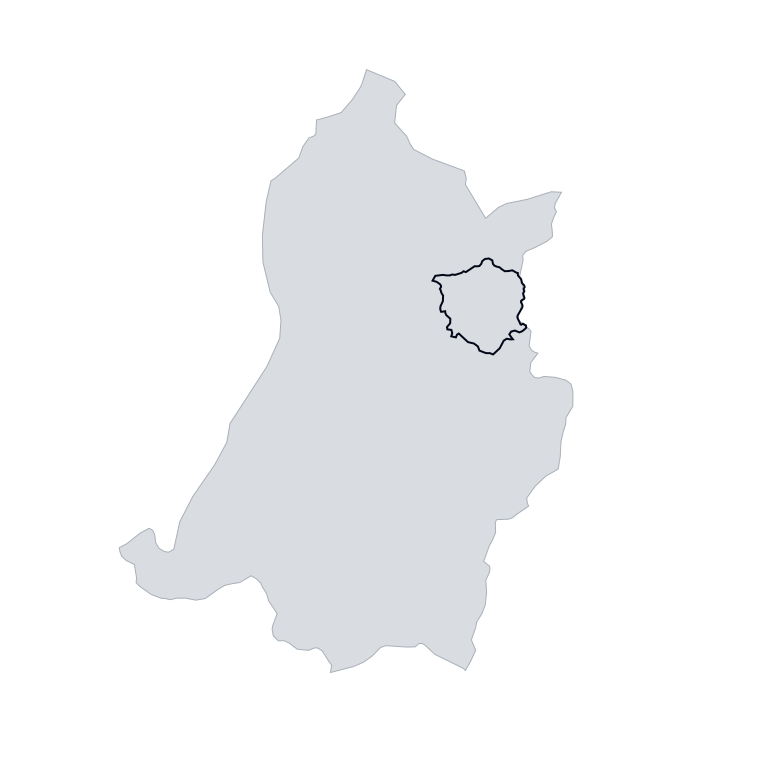 Bulgaria, with Yambol highlighted, rotated 290°
{"feature_id": "BGR-2255", "entity_name": "Yambol", "entity_type": "Province", "adm_level": 1, "iso_a3": "BGR", "parent_name": "Bulgaria", "parent_adm1": "", "projection": "orthographic", "projection_center": [26.657, 42.284], "detail": "fine", "context": "in_parent", "style": "outline", "palette": "ink", "viewbox_px": 768, "rotation_deg": 290, "n_neighbors": 0, "source": "natural_earth", "source_scale": "10m", "svg_char_len": 3803}
<svg xmlns="http://www.w3.org/2000/svg" viewBox="0 0 768 768"><g transform="rotate(290 384 384)"><path d="M624.9,485.2L612.2,483.2L607.8,483.9L604.9,487.1L599.0,486.5L591.7,486.6L584.1,490.3L579.9,491.9L574.2,488.7L563.6,478.9L557.2,472.0L552.4,470.3L547.7,472.4L530.6,474.8L526.6,478.9L518.8,483.3L510.8,485.4L499.4,486.9L493.4,486.7L490.1,488.9L487.3,495.4L485.3,501.7L483.6,504.2L469.4,507.3L466.3,511.0L465.4,514.5L465.6,518.1L454.3,514.6L445.5,516.8L443.4,519.5L441.6,523.4L442.6,527.6L445.8,531.7L448.8,542.6L449.8,553.6L447.9,559.8L441.3,564.2L427.7,569.0L414.6,566.5L408.8,568.4L399.0,568.9L390.1,570.1L376.2,574.4L363.7,576.8L352.7,567.5L339.6,561.0L325.7,557.1L320.8,559.6L318.7,561.7L307.2,553.4L302.1,550.4L299.6,547.2L295.1,536.3L292.2,535.9L282.5,539.7L273.4,539.2L267.8,538.3L251.3,538.3L248.9,545.6L246.8,546.7L243.2,547.5L234.4,546.8L223.0,551.8L210.9,554.7L201.5,554.5L191.8,552.5L186.0,553.5L173.4,553.6L165.2,561.2L152.9,560.2L142.5,558.4L143.9,556.0L147.3,524.5L153.1,510.7L153.0,507.8L152.0,505.6L147.6,503.1L144.6,495.4L138.7,475.1L135.1,470.8L124.6,466.1L115.6,459.9L108.0,451.9L94.6,432.4L101.9,430.9L104.3,427.2L112.1,417.2L113.2,412.2L112.5,409.3L107.9,404.1L105.1,393.1L108.2,383.0L108.6,377.8L106.5,372.6L109.3,366.3L114.7,363.0L118.0,362.1L131.7,362.1L140.9,349.6L146.4,345.8L152.1,338.7L154.7,336.2L157.3,330.6L158.4,324.8L148.0,316.2L144.6,309.9L140.1,303.0L133.9,298.0L121.2,289.4L116.5,281.0L114.8,270.4L111.7,262.2L108.2,256.9L107.7,252.6L106.4,247.3L106.6,237.1L110.3,223.7L112.5,219.0L117.0,217.9L129.0,211.2L130.0,202.0L132.4,196.4L136.2,193.2L139.7,191.2L145.8,196.8L160.8,206.1L168.1,212.7L167.5,216.5L163.8,220.2L156.9,223.7L152.8,228.4L151.4,234.6L152.2,239.0L156.7,243.0L184.8,239.2L212.9,242.8L250.5,252.6L275.6,256.2L294.2,252.8L328.5,260.7L360.5,268.0L391.3,270.4L408.6,265.4L420.8,258.6L431.4,245.6L457.2,228.5L482.1,218.9L514.7,211.0L536.3,208.3L539.4,210.9L567.2,226.6L579.5,226.6L589.5,229.3L593.2,233.4L595.8,234.4L609.0,230.3L615.0,238.9L624.4,250.9L640.2,256.9L654.2,260.2L658.7,260.6L673.4,260.1L672.0,290.6L663.4,304.9L650.0,300.5L633.0,304.7L624.2,321.0L619.1,325.8L614.6,331.5L611.9,352.5L611.7,386.7L605.2,391.0L599.2,392.3L574.5,422.8L589.1,431.1L595.6,437.5L606.4,455.3L621.8,475.3L624.9,485.2Z" fill="#d9dde1" stroke="#a8b0b8" stroke-width="1"/><path d="M534.0,471.7L533.9,471.7L531.7,472.9L529.6,476.8L527.8,478.1L526.5,478.7L525.6,480.0L524.9,481.5L523.8,482.7L523.0,483.0L521.3,482.7L520.3,483.1L519.3,484.1L518.4,484.1L517.5,483.8L516.5,483.8L515.5,484.5L514.4,485.4L513.4,486.2L512.6,486.6L511.6,486.4L509.8,484.8L509.0,484.4L507.8,484.7L505.8,486.8L504.8,487.5L503.0,487.7L494.2,486.2L492.5,486.4L491.0,487.5L488.3,490.4L487.6,491.0L487.0,491.5L486.6,492.4L486.8,492.9L487.9,493.6L488.2,494.0L488.1,494.7L487.7,495.8L487.6,496.5L487.6,497.3L485.5,498.4L483.1,497.2L480.7,495.7L478.8,493.5L479.0,488.7L476.7,485.5L473.5,484.8L471.5,487.5L470.1,489.8L469.2,487.8L468.5,483.8L465.7,481.7L457.1,480.5L449.1,476.4L449.2,472.9L447.9,469.4L448.0,462.3L451.4,459.4L452.8,454.7L452.1,448.6L457.0,437.0L455.3,435.7L452.4,435.6L451.8,430.9L455.2,430.7L457.9,428.8L457.0,424.9L459.0,423.7L463.7,425.4L468.0,424.0L470.0,419.0L471.5,417.5L473.3,416.6L472.3,414.9L471.4,412.9L473.8,411.1L476.5,410.5L481.9,411.0L487.3,409.3L488.7,407.4L490.1,406.1L491.5,405.2L492.4,404.0L494.9,404.4L496.1,403.7L497.0,402.3L498.0,398.5L497.7,394.3L503.2,395.2L506.7,402.1L507.4,405.6L508.6,408.9L509.8,410.0L510.5,411.6L510.7,413.2L511.5,414.4L515.1,419.0L517.1,420.1L517.2,422.7L525.7,428.9L526.4,431.2L527.5,433.3L530.2,434.3L533.1,434.3L536.0,436.1L537.8,439.6L537.2,443.5L534.1,445.3L532.9,447.5L532.9,450.5L533.2,452.6L532.2,455.2L531.3,458.9L532.7,462.3L534.7,465.7L533.9,470.4L534.0,471.7L534.0,471.7Z" fill="none" stroke="#020617" stroke-width="2"/></g></svg>